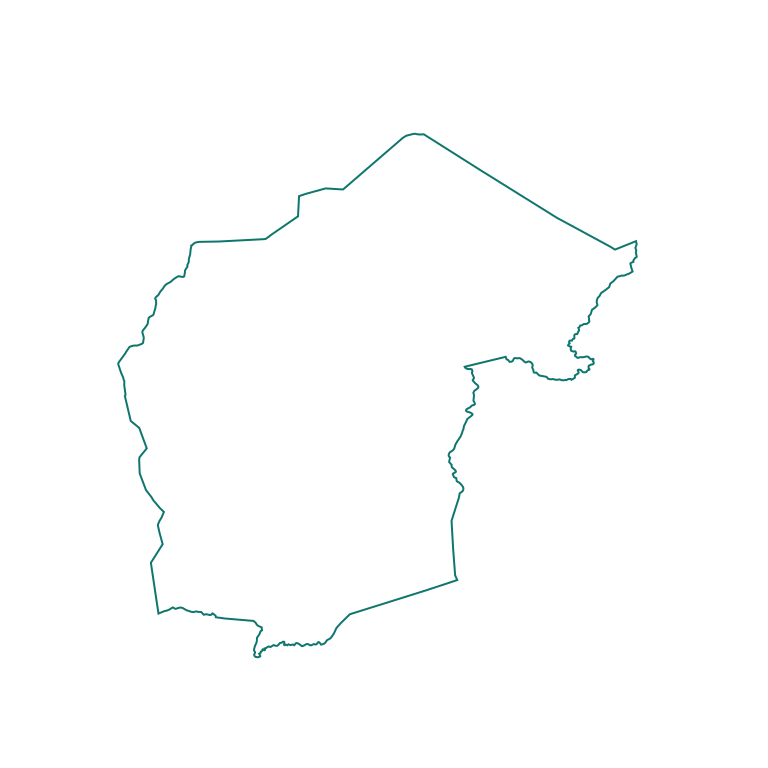 Guaimaca, Francisco Morazán, Honduras, rotated 253°
{"feature_id": "27666195B96410778118504", "entity_name": "Guaimaca", "entity_type": "district", "adm_level": 2, "iso_a3": "HND", "parent_name": "Honduras", "parent_adm1": "Francisco Morazán", "projection": "natural_earth1", "projection_center": [-86.911, 14.489], "detail": "fine", "context": "isolated", "style": "outline", "palette": "teal", "viewbox_px": 768, "rotation_deg": 253, "n_neighbors": 0, "source": "geoboundaries", "source_scale": "gbopen_adm2", "svg_char_len": 6166}
<svg xmlns="http://www.w3.org/2000/svg" viewBox="0 0 768 768"><g transform="rotate(253 384 384)"><path d="M611.2,495.0L611.6,493.0L612.6,489.9L614.2,486.8L614.6,485.1L614.9,477.9L614.4,475.8L613.5,473.1L582.0,401.7L588.1,385.4L588.7,365.0L588.5,357.7L569.5,350.8L559.2,318.3L558.6,317.4L558.4,316.3L557.4,313.6L557.5,312.0L568.6,267.5L574.0,248.7L574.3,246.7L574.3,244.5L573.8,242.8L572.8,241.1L572.8,240.1L571.4,239.7L569.4,238.5L564.6,236.5L560.7,234.0L557.7,232.9L555.1,230.6L554.2,230.5L553.6,230.3L552.7,229.0L550.7,226.9L548.6,226.1L545.4,224.4L545.1,223.8L545.2,222.9L545.7,221.8L547.0,219.5L547.1,218.1L545.8,213.6L544.1,210.0L543.1,205.2L542.0,202.9L539.7,200.2L537.7,197.1L535.1,194.2L533.7,191.2L533.0,190.4L532.5,190.1L530.7,190.5L527.1,189.5L525.5,188.5L523.9,187.8L517.9,183.9L517.4,183.3L516.6,179.5L516.1,178.4L513.9,177.1L510.6,175.6L508.1,172.6L505.8,169.2L504.8,168.3L503.4,167.9L501.9,168.0L498.4,167.8L493.8,165.6L493.2,164.3L492.9,160.3L492.9,159.4L493.7,156.7L494.0,154.8L494.0,152.4L493.8,151.4L490.3,147.0L488.8,145.4L482.6,137.1L481.6,136.0L480.1,135.6L471.2,135.9L466.4,136.5L465.0,136.3L462.6,136.5L458.7,135.2L449.9,133.8L448.6,133.2L448.4,132.7L422.7,131.0L413.6,137.1L391.8,138.3L385.5,128.9L383.2,127.7L369.8,124.2L352.1,125.4L343.9,128.5L340.0,129.5L330.7,133.5L326.0,136.1L321.4,132.3L318.6,129.2L316.4,127.3L315.0,126.4L306.5,125.8L295.5,125.5L281.2,108.8L230.4,101.2L231.0,107.3L230.8,110.5L231.1,113.0L232.1,116.6L231.9,117.0L230.3,118.3L229.9,119.0L229.9,122.9L229.6,124.5L228.6,126.0L225.5,128.9L222.4,133.2L221.5,135.2L221.5,137.4L221.3,138.2L220.6,139.2L219.4,142.5L216.0,144.2L216.0,145.3L215.6,147.2L214.1,149.7L213.8,150.8L213.9,151.6L214.7,152.5L214.7,153.1L211.7,155.2L210.1,155.0L206.3,163.2L195.6,189.9L193.4,191.4L191.0,192.0L190.1,192.5L188.9,193.6L187.1,195.8L184.8,195.5L184.1,195.3L183.7,193.7L181.1,191.7L178.4,188.3L175.7,187.4L173.9,186.4L171.3,184.1L168.4,182.2L166.9,181.8L165.8,182.2L165.1,182.2L164.2,181.7L163.2,180.7L162.1,180.6L160.7,181.2L159.5,183.5L159.6,185.4L159.8,186.0L160.4,186.2L162.6,185.8L163.0,187.5L164.1,188.0L164.1,188.7L164.4,189.3L165.7,190.3L165.6,190.8L164.6,191.3L164.3,191.9L164.7,192.6L166.0,192.6L166.0,194.1L166.7,196.4L166.6,197.3L165.8,198.2L165.7,198.8L166.6,201.9L166.4,202.5L165.7,203.2L165.2,204.1L164.9,205.5L165.3,206.6L166.7,208.7L166.6,211.1L167.0,211.7L167.0,212.3L166.8,213.0L166.4,213.2L165.3,212.9L164.0,212.2L163.3,212.5L163.2,213.0L163.5,213.6L163.4,214.1L162.4,215.3L162.7,215.8L162.9,216.7L161.7,218.1L161.5,220.7L160.4,221.8L161.8,223.9L161.8,224.8L161.4,225.5L160.1,226.8L157.2,229.0L157.2,230.4L157.9,233.6L157.9,234.3L157.4,235.4L156.0,236.6L155.4,237.8L155.8,241.0L155.1,241.9L154.8,243.0L155.3,244.3L156.2,245.3L156.3,246.0L155.9,246.6L153.1,247.7L153.2,250.9L153.6,251.9L155.7,254.7L156.3,257.9L156.9,259.2L160.0,263.1L164.6,267.2L168.1,273.0L173.8,284.1L174.4,365.1L175.1,396.7L180.3,396.1L206.5,402.0L233.4,408.6L253.7,422.6L257.0,424.2L257.4,424.6L258.3,427.3L258.8,428.1L259.7,428.9L261.1,429.4L262.1,429.5L264.8,428.7L267.9,427.0L268.8,425.9L269.8,425.2L270.5,425.2L272.8,425.6L273.3,425.2L273.7,424.4L274.4,423.8L276.5,423.5L277.6,423.4L278.1,423.7L278.8,426.7L279.0,427.0L279.4,427.2L280.6,427.0L284.5,424.6L285.2,424.6L287.1,425.0L290.1,423.5L291.3,423.9L294.2,425.7L295.9,424.9L297.1,425.0L298.3,425.8L299.4,426.9L300.4,430.4L301.2,431.7L302.3,432.7L305.0,434.4L308.0,437.6L311.3,441.8L314.2,444.2L316.2,445.5L317.6,446.8L319.4,447.6L320.8,448.5L322.4,450.1L326.2,453.5L328.0,458.3L328.7,459.6L329.5,459.8L331.1,458.6L333.6,455.0L334.3,454.7L335.0,454.9L335.5,455.3L335.9,456.1L336.5,459.5L337.7,461.7L337.8,462.7L337.6,463.9L338.0,464.8L338.4,465.1L339.1,465.2L342.0,464.7L346.9,466.8L349.5,466.9L351.0,468.3L352.4,472.2L352.9,473.0L353.5,473.4L354.4,473.4L355.6,473.1L358.1,471.4L361.4,469.9L362.1,470.2L362.9,471.4L363.6,471.9L368.5,471.3L369.3,471.5L370.2,472.3L372.4,472.2L372.9,471.4L373.7,468.9L374.5,467.5L376.1,466.3L376.9,466.2L374.4,508.3L371.8,508.4L370.6,509.8L368.8,510.4L368.3,510.9L368.1,512.1L368.3,513.4L368.6,514.0L370.4,515.8L370.6,516.8L369.6,518.8L369.2,521.0L368.9,521.6L366.8,523.4L364.0,524.9L363.2,525.8L363.1,526.2L363.3,528.8L362.9,529.6L362.3,530.4L360.8,531.4L359.2,531.8L358.0,531.5L356.4,530.5L353.8,530.9L351.7,530.6L351.2,530.7L350.8,531.2L350.4,533.0L346.8,534.9L343.5,541.2L342.7,541.9L341.2,542.3L340.2,543.7L339.6,545.3L339.3,547.2L338.3,548.6L337.4,550.6L337.2,552.9L336.7,553.8L335.9,554.7L335.0,556.7L334.9,558.8L334.4,559.4L334.8,561.6L334.6,563.1L334.1,564.1L333.2,564.5L334.0,568.0L334.7,568.6L336.0,568.8L336.4,569.2L337.4,573.0L338.3,573.5L340.5,573.3L340.8,573.9L340.8,574.7L339.9,576.1L339.2,576.7L337.9,577.2L336.9,578.1L336.3,580.3L336.3,580.9L337.6,582.8L337.6,584.3L337.8,584.7L338.5,584.8L339.3,584.3L341.3,584.9L341.6,585.2L341.7,586.4L342.1,587.8L341.7,589.4L342.2,590.4L343.3,590.9L344.8,590.4L345.7,591.3L346.5,591.6L347.0,591.2L347.0,589.5L347.1,589.2L348.8,587.9L350.1,587.5L350.8,586.5L351.2,585.4L351.3,582.6L352.3,579.3L352.2,577.0L352.7,576.5L354.1,575.7L354.7,575.0L355.3,574.9L356.1,575.2L357.0,576.7L358.9,576.7L359.4,576.3L359.7,574.6L360.9,572.8L362.5,572.6L364.9,573.9L365.3,573.4L365.6,572.6L367.0,571.3L367.9,572.0L368.5,573.4L369.9,573.2L370.7,573.6L371.2,574.4L370.5,576.3L371.8,577.8L371.9,579.3L372.4,579.6L374.4,580.0L375.2,580.5L375.7,581.4L375.6,582.3L375.2,583.3L375.4,583.6L377.0,584.7L378.2,586.2L379.1,586.4L380.9,586.3L381.2,587.5L382.5,588.6L382.3,590.5L382.9,592.3L382.2,595.6L383.2,598.2L384.2,598.8L385.4,598.8L386.8,599.3L388.5,599.4L389.0,599.6L389.8,601.3L391.1,602.6L394.1,604.5L395.3,608.1L396.8,611.0L397.3,611.2L400.6,611.4L402.1,612.2L403.9,613.6L405.1,615.8L407.5,618.2L409.2,623.5L410.8,627.6L413.9,629.8L415.2,633.4L418.3,638.6L418.4,639.3L418.1,640.6L418.2,642.8L417.6,644.8L417.5,646.2L417.7,647.3L417.9,650.8L418.9,654.6L422.7,654.5L427.1,654.8L427.4,655.2L427.7,655.8L427.8,658.2L429.1,658.5L429.4,658.8L430.5,660.2L431.0,660.6L431.4,662.4L431.7,662.8L433.5,663.1L436.2,663.3L437.9,664.3L440.7,664.2L443.6,666.4L446.9,666.8L445.0,644.2L449.1,640.6L492.3,598.0L559.3,539.6L611.2,495.0Z" fill="none" stroke="#0f766e" stroke-width="2"/></g></svg>